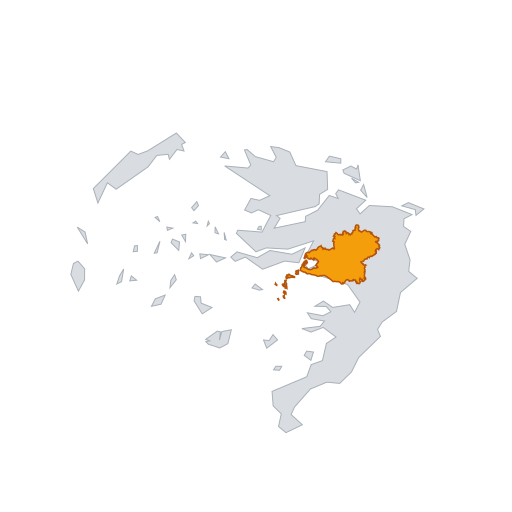 Thessalias, Thessalia, Greece shown in context, rotated 141°
{"feature_id": "26713481B23289270995723", "entity_name": "Thessalias", "entity_type": "district", "adm_level": 2, "iso_a3": "GRC", "parent_name": "Greece", "parent_adm1": "Thessalia", "projection": "orthographic", "projection_center": [22.955, 39.583], "detail": "fine", "context": "in_parent", "style": "filled", "palette": "amber", "viewbox_px": 512, "rotation_deg": 141, "n_neighbors": 0, "source": "geoboundaries", "source_scale": "gbopen_adm2", "svg_char_len": 9837}
<svg xmlns="http://www.w3.org/2000/svg" viewBox="0 0 512 512"><g transform="rotate(141 256 256)"><path d="M326.2,95.7L343.9,99.9L345.8,109.3L335.7,117.4L337.0,128.7L328.7,140.7L292.5,130.2L281.5,136.9L270.2,132.9L256.3,143.7L244.8,142.7L248.7,158.2L261.2,162.3L266.0,170.7L250.4,161.0L243.7,162.4L252.5,172.5L251.8,179.5L241.5,167.4L232.9,165.6L233.2,172.6L241.9,179.9L231.9,178.5L228.8,167.8L213.8,159.2L214.8,150.2L204.2,154.7L202.8,176.3L229.6,217.0L223.2,220.5L223.5,213.1L214.7,210.8L211.7,213.1L213.4,217.3L216.3,223.8L220.0,223.5L201.7,231.5L226.9,241.3L242.9,255.8L253.4,259.3L257.0,286.0L253.9,287.5L236.3,270.8L219.0,278.2L225.0,290.4L232.4,292.3L235.9,298.9L223.7,303.9L218.2,297.0L207.3,294.1L223.7,345.7L206.9,329.4L202.8,330.0L198.2,345.7L195.9,344.3L194.0,333.7L183.0,318.2L178.2,319.9L175.7,331.8L170.0,325.8L164.3,315.5L168.1,301.1L147.7,276.9L158.4,262.7L167.8,263.9L174.1,256.8L178.8,257.1L214.6,274.5L213.6,270.1L224.4,266.2L196.2,251.7L192.4,255.6L179.3,252.8L161.0,256.9L155.9,249.0L154.8,254.3L150.3,255.5L135.6,230.3L148.2,229.5L148.6,223.2L136.1,223.9L119.0,208.4L108.7,190.0L117.6,191.8L122.7,186.1L120.3,177.7L133.0,171.5L138.7,156.1L147.0,148.0L144.8,137.2L166.7,136.7L181.7,124.5L199.5,125.3L207.7,122.5L209.9,115.2L240.0,112.5L254.8,105.8L271.1,104.3L280.4,113.4L297.4,118.4L321.1,114.4L328.5,110.7L326.2,95.7ZM250.4,388.5L262.4,385.6L260.3,390.3L269.8,396.6L283.9,393.2L322.7,395.9L325.4,406.4L345.5,396.7L340.0,410.8L287.3,416.3L283.7,409.1L274.1,405.9L240.5,401.7L239.5,388.7L243.5,389.6L245.9,382.9L250.4,388.5ZM227.0,223.8L236.9,234.0L259.2,241.6L264.9,261.8L275.6,265.0L276.3,271.0L268.2,271.2L256.1,253.9L241.7,251.5L226.9,234.7L212.8,231.4L227.0,223.8ZM342.0,207.3L348.6,217.5L348.9,221.1L345.4,219.2L347.6,222.9L333.4,222.0L331.4,219.4L337.3,213.7L330.1,218.8L321.6,214.2L333.0,205.6L342.0,207.3ZM402.5,365.1L397.6,364.0L397.2,353.9L404.3,345.3L416.1,340.5L411.5,358.2L402.5,365.1ZM332.3,260.2L328.8,263.0L324.8,259.2L328.3,253.9L322.6,243.7L334.2,244.9L332.3,260.2ZM127.5,248.9L135.5,264.8L134.4,268.2L125.6,266.2L123.1,260.2L119.4,262.6L127.5,248.9ZM111.1,203.2L104.0,201.6L95.9,186.9L106.1,186.9L103.0,191.8L111.1,203.2ZM305.7,177.6L303.0,186.0L299.0,182.0L292.3,184.2L292.0,177.2L305.7,177.6ZM360.1,278.3L368.9,282.7L361.2,286.1L351.2,282.8L360.1,278.3ZM281.1,148.4L276.5,150.2L271.8,145.2L279.0,140.4L281.1,148.4ZM131.7,274.8L142.7,285.5L136.1,287.4L128.9,278.2L131.7,274.8ZM313.6,319.8L310.3,321.7L306.6,315.1L312.5,309.0L313.6,319.8ZM290.5,276.2L290.9,286.2L280.9,273.7L290.5,276.2ZM379.2,371.4L376.7,390.9L373.8,382.2L379.2,371.4ZM133.3,241.3L127.4,243.8L132.8,231.6L133.3,241.3ZM221.3,355.2L214.2,356.4L215.8,348.7L221.3,355.2ZM367.0,329.2L376.6,320.7L381.8,321.8L374.4,326.5L367.0,329.2ZM331.0,292.7L332.9,287.7L342.8,285.5L337.5,290.7L331.0,292.7ZM301.7,311.6L300.5,319.0L296.9,317.1L301.7,311.6ZM300.8,288.9L298.3,293.0L292.2,286.9L300.8,288.9ZM279.2,233.7L274.3,234.8L272.1,225.8L275.0,227.5L279.2,233.7ZM314.0,156.5L310.0,157.8L305.4,154.1L309.7,152.4L314.0,156.5ZM275.7,330.3L275.6,334.1L267.8,335.5L269.0,331.3L275.7,330.3ZM333.3,322.2L321.3,328.0L330.8,320.7L333.3,322.2ZM270.0,288.6L265.9,294.4L269.1,287.1L270.0,288.6ZM309.9,296.1L304.1,299.0L304.2,295.4L309.9,296.1ZM348.7,336.6L344.0,340.3L341.6,338.7L345.2,334.3L348.7,336.6ZM369.8,316.1L365.4,319.0L364.0,312.3L369.8,316.1ZM273.2,299.9L269.4,304.4L271.2,296.8L273.2,299.9ZM132.6,250.2L132.8,256.4L129.8,248.7L132.6,250.2ZM308.7,331.7L307.1,334.6L303.1,330.0L308.7,331.7ZM246.1,219.8L242.0,220.7L239.3,215.4L246.1,219.8ZM238.1,275.9L235.0,277.1L233.2,275.7L235.6,272.9L238.1,275.9ZM275.1,310.1L271.2,313.0L271.8,310.4L275.1,310.1ZM309.1,343.2L310.2,349.5L307.7,348.7L309.1,343.2ZM284.1,321.4L280.9,321.0L281.0,318.0L284.1,321.4Z" fill="#d9dde1" stroke="#a8b0b8" stroke-width="1"/><path d="M185.6,169.0L185.9,169.5L185.9,170.2L185.2,169.5L184.8,169.8L184.6,170.3L185.1,171.1L184.5,171.7L184.1,172.6L182.2,174.3L182.2,175.0L181.2,175.1L181.3,175.9L180.0,176.5L179.9,177.6L179.5,178.2L178.9,178.8L178.1,178.7L178.0,179.4L177.2,180.0L176.4,179.8L176.7,180.5L177.4,180.6L178.1,181.5L178.1,182.0L177.7,182.4L178.1,182.9L178.4,184.4L178.1,185.1L178.0,184.9L175.3,184.4L173.7,185.1L172.8,184.6L172.1,184.6L171.8,184.0L171.2,183.8L170.5,184.5L169.7,184.6L168.9,184.0L168.8,183.5L168.6,183.7L167.6,183.9L167.0,183.7L166.2,182.7L165.3,183.0L164.1,182.4L162.7,182.9L162.3,182.3L161.1,182.7L160.8,182.5L159.9,183.5L160.5,183.6L160.2,184.3L160.3,184.6L159.6,185.1L159.2,185.0L159.0,185.5L158.6,185.5L158.4,185.2L157.2,185.5L156.8,184.8L156.6,183.7L155.6,184.5L155.1,184.3L154.6,184.5L154.7,185.2L154.0,186.2L154.1,186.6L153.7,186.8L153.4,186.5L153.2,186.7L153.2,187.8L153.5,189.0L153.1,190.2L153.5,190.1L153.9,190.5L153.9,191.1L154.2,191.3L154.0,191.8L153.5,191.8L153.2,191.3L152.6,191.2L152.3,190.8L151.6,191.1L151.0,190.8L150.7,191.6L150.2,191.7L150.0,192.2L149.4,192.3L149.3,193.0L150.5,194.0L150.3,194.8L150.4,195.5L151.4,195.6L151.6,195.9L152.1,200.0L151.7,200.3L151.3,201.1L151.9,201.3L152.6,201.1L152.5,202.0L151.8,202.3L152.0,202.8L153.0,204.1L154.4,205.1L154.7,206.1L154.5,206.9L155.7,207.9L158.8,208.1L159.1,208.5L159.2,209.3L159.5,209.3L159.7,209.8L159.7,210.7L160.2,210.9L160.1,211.4L159.5,212.5L158.8,213.2L158.4,213.2L158.3,213.6L157.9,213.7L157.8,214.2L157.3,214.7L157.3,215.8L158.0,216.3L158.1,216.7L158.9,217.0L160.0,216.5L160.8,215.9L160.7,215.2L161.3,215.3L161.6,214.8L162.8,214.2L162.9,213.7L164.4,214.7L164.9,214.6L165.1,214.0L165.5,213.6L166.7,213.6L167.7,212.8L168.0,213.4L169.5,213.1L169.8,214.0L170.2,214.2L169.6,214.6L170.0,216.4L171.6,216.6L171.2,217.1L171.2,217.8L170.8,218.0L171.1,219.1L171.1,219.6L172.4,219.7L172.6,220.2L174.0,219.4L174.3,219.0L174.1,218.5L174.6,218.3L174.9,217.8L175.7,217.9L176.3,218.7L176.3,219.3L177.1,219.3L177.3,220.0L178.4,220.3L178.8,221.2L178.7,222.2L179.1,223.9L180.5,223.3L181.2,223.7L181.6,223.0L182.0,223.1L183.2,222.7L182.8,222.3L182.5,221.3L183.4,221.1L183.8,220.0L184.4,220.8L185.3,220.5L185.9,219.8L187.1,219.2L186.4,217.7L187.7,217.0L187.9,216.3L188.6,215.7L189.5,213.9L190.1,213.5L190.1,213.1L190.3,213.1L190.2,212.8L190.5,212.3L190.8,212.3L191.2,212.9L191.5,214.0L195.4,214.5L195.9,214.9L195.9,215.9L197.1,216.5L197.5,217.4L197.2,218.3L197.4,218.7L197.8,218.8L198.5,218.5L199.0,219.1L199.5,219.1L198.9,219.9L199.2,220.2L199.0,220.7L199.4,220.9L199.4,222.4L199.0,223.0L199.8,223.0L200.8,223.5L202.0,223.6L203.0,223.4L203.9,222.9L204.6,223.0L205.3,222.7L206.1,223.0L206.1,223.7L206.8,224.4L207.8,224.7L208.3,224.4L208.8,225.3L212.3,225.3L212.7,225.1L213.3,226.2L215.0,226.7L216.4,226.4L217.4,225.7L217.5,225.3L218.2,225.2L218.5,224.6L219.6,224.4L220.0,223.7L219.9,223.5L218.8,223.5L216.2,225.0L216.2,223.7L217.2,223.6L217.4,222.1L216.7,221.1L216.8,220.5L216.1,219.6L215.2,219.2L215.4,219.9L214.7,219.9L214.2,217.6L213.9,217.3L213.5,217.3L213.6,216.4L212.9,216.6L213.1,217.3L212.6,218.0L212.1,218.0L211.1,215.5L210.8,213.6L211.0,212.2L212.9,211.6L213.8,211.7L215.5,211.1L214.8,210.2L215.5,209.1L214.9,208.8L215.0,208.3L215.4,208.2L216.5,208.9L217.3,208.8L218.0,209.5L218.3,210.4L219.7,210.6L220.3,210.4L222.0,210.9L223.5,212.4L224.2,213.5L224.1,214.2L224.6,215.6L225.5,216.4L225.7,217.0L225.3,217.8L225.3,218.3L224.9,218.4L224.5,217.8L224.1,217.9L224.1,219.3L223.8,219.4L223.1,219.0L223.3,219.7L222.8,219.6L221.5,220.6L221.1,220.7L221.1,220.4L221.8,219.2L221.5,218.1L220.1,218.7L219.9,219.8L219.4,220.8L220.1,221.0L220.2,221.3L221.4,221.1L222.0,221.3L222.4,220.8L223.4,220.9L223.9,220.5L225.6,220.2L225.8,220.0L225.1,219.7L225.3,219.3L226.7,219.3L227.6,218.6L228.6,218.7L229.4,218.1L230.2,217.0L230.4,216.4L229.8,215.3L229.7,214.6L229.2,214.1L229.2,213.7L227.9,212.3L228.0,211.6L227.6,211.3L227.6,210.4L226.9,209.4L226.3,209.3L225.1,208.1L224.6,206.7L223.7,205.8L221.8,203.5L221.0,201.7L219.3,200.4L218.2,200.3L217.8,199.3L216.9,199.2L214.9,197.7L214.1,195.8L212.7,190.7L212.2,187.6L210.8,186.8L209.2,185.0L208.0,184.3L207.2,182.3L207.3,181.0L207.0,180.3L205.3,179.2L205.9,180.0L205.4,180.6L205.0,179.8L204.0,179.4L203.1,180.1L200.6,180.6L200.0,180.0L199.7,180.1L199.4,179.5L199.4,178.5L199.0,178.2L199.3,177.7L199.1,177.4L198.1,177.2L197.0,176.1L196.2,176.4L195.8,175.7L195.1,176.2L195.0,175.7L194.5,175.4L194.4,174.9L193.9,174.8L194.0,174.2L194.3,174.1L194.6,173.4L194.9,171.4L194.3,171.4L194.0,171.9L193.9,171.3L194.2,170.6L193.1,169.5L191.9,169.8L191.1,170.5L191.0,171.4L190.2,172.7L189.2,173.2L189.3,172.7L188.9,171.9L189.0,170.9L188.4,171.0L188.3,170.8L188.7,170.0L189.5,169.7L189.1,169.0L188.1,168.7L185.6,169.0ZM244.0,218.2L241.1,216.9L240.8,216.2L240.0,215.9L239.9,215.3L239.4,215.4L239.1,215.7L240.6,218.3L241.2,218.7L241.6,219.4L241.8,221.1L243.2,221.0L243.5,221.2L243.6,221.7L244.2,221.8L244.8,221.2L245.7,221.0L246.6,219.4L246.2,219.0L245.2,219.0L244.8,219.0L244.4,219.6L244.1,219.2L244.0,218.2ZM250.0,217.6L251.3,216.7L251.7,215.3L253.5,212.5L252.6,212.1L252.4,211.4L251.0,213.3L250.9,214.2L250.0,214.8L249.6,215.4L249.5,216.0L249.8,216.8L248.6,217.7L248.1,217.8L247.9,218.2L249.0,218.8L250.0,217.6ZM236.4,217.2L236.1,216.3L234.5,215.3L233.7,216.0L233.8,216.7L231.7,217.8L231.9,218.3L232.4,218.2L233.0,218.7L233.8,218.6L234.0,219.1L234.4,219.2L234.6,219.1L234.4,218.6L235.0,217.7L235.8,217.5L236.0,217.7L236.4,217.2ZM256.5,208.9L256.9,208.1L256.7,207.6L255.7,208.9L255.6,209.8L255.8,210.0L256.2,209.8L256.5,210.1L256.1,210.2L255.9,210.7L256.6,211.2L257.6,210.4L257.7,208.5L257.0,208.3L256.5,208.9ZM253.1,213.8L252.9,214.8L253.4,215.9L251.9,216.6L252.6,217.3L253.4,217.3L253.7,216.5L253.6,216.0L253.8,215.2L253.4,215.0L253.4,214.2L253.1,213.8ZM260.0,207.8L260.8,206.2L260.5,205.8L260.5,204.6L259.8,206.0L259.8,206.9L259.0,207.5L260.0,207.8ZM258.0,222.4L258.9,221.9L258.5,221.3L258.6,220.3L258.4,220.1L257.9,220.7L258.2,221.8L258.0,222.4ZM266.2,207.5L265.8,207.5L265.5,209.0L266.0,209.1L266.2,207.5Z" fill="#f59e0b" stroke="#b45309" stroke-width="1.5"/></g></svg>